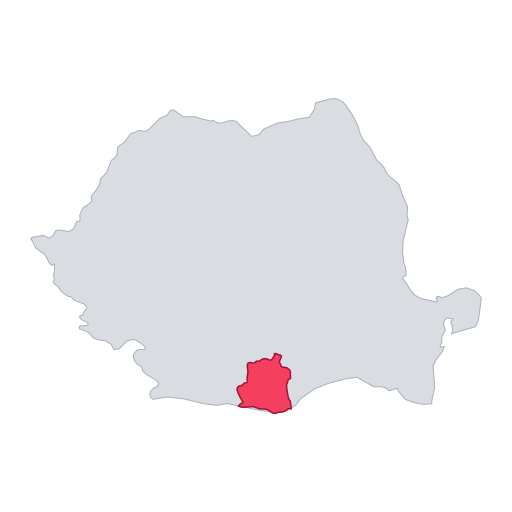 Romania, with Teleorman highlighted
{"feature_id": "ROU-127", "entity_name": "Teleorman", "entity_type": "County", "adm_level": 1, "iso_a3": "ROU", "parent_name": "Romania", "parent_adm1": "", "projection": "albers", "projection_center": [25.251, 44.09], "detail": "fine", "context": "in_parent", "style": "filled", "palette": "rose", "viewbox_px": 512, "rotation_deg": 0, "n_neighbors": 0, "source": "natural_earth", "source_scale": "10m", "svg_char_len": 5068}
<svg xmlns="http://www.w3.org/2000/svg" viewBox="0 0 512 512"><path d="M409.2,288.2L414.5,295.0L421.0,298.5L436.0,301.9L437.3,301.3L437.5,300.6L436.4,299.6L436.2,298.3L436.8,296.7L438.9,296.5L442.3,297.8L448.6,295.4L457.7,289.4L466.2,287.8L474.3,290.7L478.5,294.4L481.3,297.9L480.7,302.5L480.4,305.3L478.9,317.2L477.7,321.6L475.7,326.6L451.3,333.7L452.8,330.8L452.0,325.9L450.8,322.2L452.9,318.8L447.3,317.8L445.0,319.8L443.3,323.1L445.3,330.4L442.7,334.6L441.8,336.9L441.9,342.4L440.4,344.8L440.2,347.3L444.1,346.5L442.6,351.3L435.5,360.6L433.1,366.0L434.7,387.2L431.9,400.1L431.7,403.8L423.8,404.3L421.4,404.1L413.8,402.4L405.2,399.4L400.0,393.0L396.7,388.4L389.6,390.7L388.2,390.2L386.2,388.0L380.8,386.6L374.1,386.8L359.0,378.6L357.3,377.2L345.6,378.9L328.2,383.4L314.8,388.8L301.1,398.3L295.5,405.4L289.0,409.2L279.7,412.0L263.0,411.0L245.7,407.4L227.1,403.4L217.1,405.4L203.5,403.6L183.1,398.7L167.9,397.0L152.8,399.3L150.4,397.1L149.9,394.8L150.6,391.5L152.8,388.8L156.4,386.9L158.4,384.9L158.7,382.8L154.7,379.3L146.5,374.5L143.2,371.5L142.4,370.7L142.2,368.1L140.6,366.0L137.4,364.4L135.0,361.6L133.3,357.7L133.8,354.0L136.5,350.6L139.7,349.2L143.6,349.8L145.3,348.9L144.7,346.4L141.0,343.2L134.1,339.2L126.9,341.0L119.4,348.6L114.1,349.7L111.1,344.3L105.5,340.9L97.4,339.6L92.4,337.3L90.6,334.2L87.2,331.6L79.4,328.8L79.4,326.4L80.7,325.9L83.5,325.8L87.3,325.5L88.0,324.1L88.1,322.9L85.2,321.2L82.2,320.0L80.7,318.8L79.8,317.6L79.7,316.3L80.6,315.5L81.8,315.5L83.0,314.9L83.8,312.0L85.5,309.7L86.7,308.9L86.7,307.2L85.6,305.5L84.0,304.0L81.7,303.1L74.3,300.2L70.7,296.6L68.4,296.4L64.9,294.3L61.1,291.1L58.0,286.7L54.4,283.7L53.6,282.6L53.5,281.5L54.3,280.3L54.3,279.1L53.6,274.9L54.5,270.5L54.5,266.4L54.6,264.5L53.9,263.9L53.2,264.5L52.3,265.2L51.4,265.3L48.9,262.2L45.8,255.9L43.6,253.7L39.3,250.6L35.7,248.0L33.3,242.7L30.7,238.6L32.7,237.1L43.5,235.4L48.4,238.0L50.7,237.3L52.9,235.5L54.2,234.1L54.5,232.6L55.7,230.7L59.4,230.0L68.9,231.7L72.9,229.1L74.4,227.7L75.4,224.5L76.5,221.9L80.0,220.6L80.1,218.2L79.7,215.5L82.0,209.8L83.3,207.4L85.2,206.6L87.7,204.9L91.9,201.3L91.1,197.9L92.0,195.4L96.5,189.6L99.9,183.9L100.0,181.0L100.6,178.5L103.5,175.8L106.6,172.3L111.0,161.2L112.4,159.3L115.0,157.3L117.0,155.2L117.5,147.8L119.4,145.7L122.9,143.4L126.4,139.7L129.3,135.2L131.5,133.1L134.3,132.7L137.4,131.0L140.8,130.4L144.1,131.4L146.2,131.0L149.4,128.9L157.6,120.7L158.8,119.1L160.5,118.0L167.1,115.3L168.8,112.4L171.1,109.9L174.0,110.1L183.2,116.8L193.3,116.6L195.2,116.9L195.8,117.0L197.0,117.6L210.3,121.0L212.4,120.7L213.0,120.4L218.4,123.1L223.1,122.8L227.7,121.1L232.4,120.5L236.7,121.6L240.0,125.4L248.5,133.3L251.1,136.2L255.0,135.8L259.4,134.4L263.8,129.1L277.3,123.1L287.6,121.6L297.6,119.1L309.2,117.3L312.5,112.4L314.4,109.1L315.6,102.9L321.8,101.0L327.7,99.7L329.8,98.9L334.1,98.6L337.5,99.0L342.7,101.9L346.4,105.7L347.9,108.7L351.1,112.9L354.5,118.8L358.3,126.7L359.2,130.8L360.7,135.1L363.5,140.4L368.9,146.1L369.6,147.2L372.1,151.3L376.9,160.4L380.8,163.9L384.2,167.8L386.0,171.8L388.5,175.4L394.2,180.1L398.9,184.3L403.0,196.9L405.8,202.6L407.5,207.0L407.1,216.1L408.2,219.9L406.4,227.1L403.1,241.4L402.6,252.8L403.4,258.8L403.7,262.8L404.7,265.2L405.9,270.4L406.2,274.8L404.9,276.2L403.0,277.3L402.3,278.3L404.1,280.2L406.7,283.9L409.2,288.2Z" fill="#d9dde1" stroke="#a8b0b8" stroke-width="1"/><path d="M291.3,408.7L288.2,408.8L287.4,409.4L286.6,410.2L285.5,410.8L284.4,411.3L283.5,411.6L282.6,412.0L281.5,412.2L279.3,412.0L278.9,412.1L278.2,412.2L276.2,413.2L275.0,413.4L272.9,413.2L271.1,412.1L269.4,410.8L269.2,410.7L267.6,409.7L265.6,409.2L259.2,408.8L253.4,406.6L243.0,407.3L240.7,407.0L238.5,406.2L239.6,404.7L240.1,404.2L240.8,403.7L242.2,403.0L242.6,402.7L242.7,402.2L242.4,401.1L240.3,397.6L238.6,394.0L237.1,390.1L237.1,388.8L237.4,387.8L238.4,386.4L239.3,386.0L240.1,385.7L241.0,385.7L241.7,385.5L242.2,385.2L243.7,383.6L244.2,383.2L244.9,383.0L246.5,382.7L247.2,382.3L247.5,381.7L247.4,380.4L247.1,379.3L247.1,378.2L247.1,376.4L247.7,374.1L247.9,372.5L247.7,369.3L247.3,366.3L247.4,365.2L247.4,364.5L248.1,363.0L250.1,362.4L252.8,363.1L253.6,363.1L254.4,362.9L254.9,362.6L255.3,362.3L255.9,361.6L256.4,361.2L256.8,361.1L258.4,361.3L259.6,361.0L260.2,360.7L261.3,359.7L262.4,359.1L264.6,358.7L265.7,358.7L266.5,358.8L267.3,359.0L268.9,359.8L269.9,360.2L270.5,360.2L271.3,359.9L272.2,359.0L272.8,358.2L273.5,356.9L273.8,356.5L274.5,355.7L274.7,355.4L274.7,355.0L274.3,354.2L274.3,353.8L274.6,353.6L275.2,353.5L276.3,353.7L279.1,355.0L280.3,355.1L281.3,355.9L281.4,356.3L281.4,356.9L280.6,358.4L279.6,361.0L279.3,361.9L279.5,362.4L279.9,363.1L280.4,364.0L281.0,365.8L281.5,366.6L282.1,367.1L286.4,367.6L287.1,367.9L288.5,369.2L289.5,369.9L289.9,370.3L290.2,371.1L290.4,372.1L290.4,373.9L290.3,374.9L290.5,376.8L290.6,377.9L290.4,378.6L290.0,378.9L289.6,379.1L289.0,379.2L288.6,379.4L288.2,379.7L288.0,380.3L287.7,381.7L287.5,382.4L286.9,383.7L286.7,384.5L286.6,385.4L286.6,386.5L287.0,390.4L288.3,397.5L288.9,399.2L290.1,400.8L290.4,401.7L291.3,408.7L291.3,408.7Z" fill="#f43f5e" stroke="#9f1239" stroke-width="1.5"/></svg>